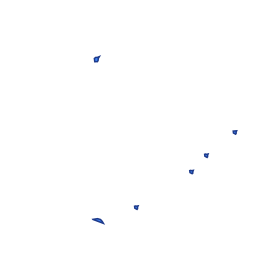 an SVG outline of Alifu Dhaalu, rotated 52°
{"feature_id": "MDV-5232", "entity_name": "Alifu Dhaalu", "entity_type": "Atoll", "adm_level": 1, "iso_a3": "MDV", "parent_name": "Maldives", "parent_adm1": "", "projection": "orthographic", "projection_center": [72.869, 3.67], "detail": "coarse", "context": "isolated", "style": "filled", "palette": "blue", "viewbox_px": 256, "rotation_deg": 52, "n_neighbors": 0, "source": "natural_earth", "source_scale": "10m", "svg_char_len": 750}
<svg xmlns="http://www.w3.org/2000/svg" viewBox="0 0 256 256"><g transform="rotate(52 128 128)"><path d="M188.0,206.1L178.5,211.9L178.4,211.9L180.7,207.8L183.2,206.0L185.6,205.8L188.0,206.1ZM54.1,106.6L54.9,108.6L56.3,109.9L56.9,111.2L55.3,113.4L52.5,111.7L52.5,110.0L53.6,108.5L54.1,106.6ZM201.6,102.6L202.4,103.9L203.5,104.8L203.5,105.6L201.3,106.6L199.6,105.6L199.9,104.8L200.9,104.0L201.6,102.6ZM195.6,168.0L196.3,169.3L197.5,170.2L197.7,171.0L195.4,172.0L193.7,171.0L194.0,170.2L194.9,169.3L195.6,168.0ZM197.1,44.1L197.8,45.3L198.9,46.2L199.1,47.0L196.9,48.0L195.2,47.0L197.1,44.1ZM197.8,80.9L198.6,82.2L199.7,83.0L199.9,83.8L197.6,84.8L195.9,83.8L196.2,83.0L197.2,82.2L197.8,80.9Z" fill="#3b82f6" stroke="#1e3a8a" stroke-width="1.5"/></g></svg>